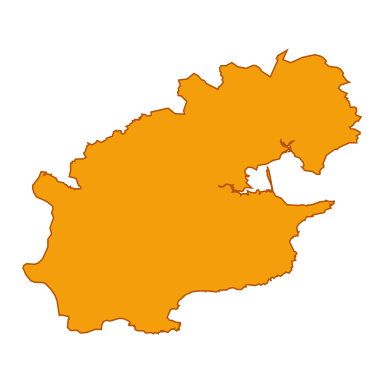 Dungarvan Lea-6, Waterford, Ireland
{"feature_id": "5873133B99301396189175", "entity_name": "Dungarvan Lea-6", "entity_type": "district", "adm_level": 2, "iso_a3": "IRL", "parent_name": "Ireland", "parent_adm1": "Waterford", "projection": "robinson", "projection_center": [-7.659, 52.063], "detail": "fine", "context": "isolated", "style": "filled", "palette": "amber", "viewbox_px": 384, "rotation_deg": 0, "n_neighbors": 0, "source": "geoboundaries", "source_scale": "gbopen_adm2", "svg_char_len": 5992}
<svg xmlns="http://www.w3.org/2000/svg" viewBox="0 0 384 384"><path d="M59.3,315.4L61.2,314.9L68.4,316.5L69.1,318.9L68.2,319.6L67.5,327.5L70.6,330.5L77.2,330.4L80.5,333.0L86.8,332.5L95.6,329.2L101.3,329.5L101.8,325.0L103.5,321.4L106.6,320.4L110.3,321.0L119.8,318.2L124.3,318.9L129.0,321.2L130.3,323.0L128.6,324.3L129.1,325.6L134.2,325.4L133.8,326.3L135.0,326.8L135.0,329.3L137.4,330.7L143.8,330.9L145.5,333.0L151.2,332.6L153.7,333.8L154.9,332.5L158.4,333.6L158.6,332.6L161.0,331.5L160.7,330.1L161.5,331.4L162.8,330.7L162.5,331.8L164.7,331.3L167.9,332.4L171.6,328.9L172.1,329.5L174.6,328.4L174.4,329.2L176.2,330.7L176.3,329.5L176.7,330.4L179.4,329.7L179.1,328.4L178.2,328.7L180.3,324.9L179.2,324.6L180.4,323.4L180.1,322.5L175.6,322.3L172.6,320.5L169.5,320.3L167.1,317.4L170.6,309.6L172.3,308.7L176.3,309.2L178.0,308.1L177.6,307.0L179.2,305.6L177.4,304.6L178.2,301.4L185.6,294.8L192.1,291.9L196.6,291.1L203.5,290.8L205.6,291.7L206.4,290.8L216.6,291.9L218.2,290.8L219.4,291.4L219.8,290.2L227.0,289.9L228.9,288.5L233.0,287.6L236.9,289.4L241.4,289.6L244.3,286.8L246.0,287.0L245.6,285.3L247.2,284.7L255.5,285.5L259.3,283.9L260.9,285.2L263.5,283.7L265.0,284.5L267.4,282.7L268.7,279.3L271.0,280.3L270.5,278.4L272.5,277.2L274.0,278.4L275.9,276.3L277.3,276.4L277.8,275.2L280.5,276.4L285.8,272.2L289.0,273.1L291.7,269.8L291.2,267.7L292.6,267.1L291.8,261.4L295.6,260.2L294.4,258.8L295.6,256.9L294.6,256.2L296.8,253.8L296.0,252.2L294.1,251.4L289.5,241.7L291.2,238.5L293.3,237.4L293.1,236.5L298.0,235.7L297.4,234.4L299.0,231.9L297.5,231.9L296.7,227.6L298.6,224.3L302.8,220.6L304.9,220.3L306.3,216.8L311.9,216.7L313.0,216.1L312.3,215.6L312.8,214.9L324.4,212.5L325.4,209.9L331.0,208.1L329.8,206.4L330.8,205.7L330.3,204.7L331.7,205.4L331.9,204.2L333.6,204.0L334.0,202.9L333.0,201.6L328.7,201.4L326.3,200.4L325.1,200.5L326.9,201.0L320.0,201.8L312.5,204.6L308.4,205.2L307.5,204.4L308.2,205.2L307.0,205.8L301.9,204.8L298.2,205.5L286.9,204.7L280.9,198.0L275.6,196.1L272.9,191.2L269.0,171.0L267.2,166.4L267.9,169.7L266.5,170.6L267.6,174.0L267.1,175.1L271.2,185.0L272.1,189.9L271.2,190.9L271.8,191.7L270.8,191.6L271.3,192.2L269.5,191.4L270.6,191.6L270.5,190.2L268.6,189.8L268.1,190.1L269.2,191.0L267.1,190.2L267.4,190.9L266.5,191.2L267.3,191.5L266.5,191.9L264.9,191.0L260.9,191.9L259.8,192.4L260.5,193.3L259.3,194.7L259.9,192.2L258.3,189.8L256.9,190.2L255.5,192.9L250.6,192.4L247.4,190.7L248.5,195.0L247.3,194.8L247.0,193.8L242.4,193.7L240.8,195.4L240.5,193.8L238.9,192.6L236.1,192.0L237.9,190.9L233.6,190.9L233.1,191.7L234.0,192.1L232.6,192.2L233.6,190.7L234.1,190.8L233.5,190.6L232.0,192.0L233.2,190.7L231.9,188.4L232.9,188.2L231.8,188.3L231.1,187.6L232.4,185.6L230.3,185.6L230.0,184.7L226.4,184.3L223.1,186.9L222.4,187.2L219.9,186.8L218.1,185.5L222.3,187.0L226.2,184.2L230.1,184.6L230.4,185.5L233.1,185.0L231.6,187.5L231.9,187.9L233.1,187.3L233.8,187.7L233.0,187.4L233.7,188.0L232.6,188.9L233.1,189.9L241.2,191.3L243.3,190.9L244.4,188.1L245.8,187.5L251.8,187.9L246.0,182.7L247.9,180.2L246.0,178.4L245.5,176.1L248.6,176.7L249.1,175.8L247.1,175.3L245.0,173.0L245.0,170.1L247.9,167.1L252.4,167.6L256.4,169.9L257.9,165.4L266.6,164.0L272.9,160.5L279.5,158.8L280.9,155.0L282.6,153.1L287.6,151.6L281.6,153.1L290.1,148.6L288.5,148.9L289.3,148.1L288.7,147.5L283.4,146.3L282.4,145.1L284.5,145.4L283.9,144.5L282.3,144.9L280.5,141.7L280.9,140.4L281.8,143.2L283.2,142.8L282.9,144.0L283.9,143.3L286.5,146.0L288.1,145.6L289.5,142.8L292.5,141.0L293.4,140.9L289.5,144.3L291.0,149.2L289.8,149.8L291.3,150.9L287.9,151.6L291.4,151.2L294.5,154.2L294.8,156.3L299.7,158.0L303.4,162.9L303.8,165.0L302.8,167.3L301.8,167.2L304.9,170.5L312.2,171.5L316.7,174.3L319.7,174.4L320.2,172.9L319.4,171.7L321.4,168.7L323.7,167.3L323.8,165.4L322.7,164.5L326.4,155.3L334.9,149.2L337.0,149.5L339.2,147.4L349.3,142.8L356.8,142.8L356.6,139.5L358.0,138.2L356.6,135.7L360.0,134.0L360.0,132.1L354.2,129.0L350.9,129.0L349.6,127.1L352.2,126.0L356.1,121.2L358.4,121.1L361.0,116.9L357.0,115.5L355.1,113.7L356.6,111.9L356.4,108.2L354.4,107.0L350.3,107.3L349.4,102.5L346.6,99.1L347.6,98.3L344.7,97.0L347.1,93.6L341.8,91.1L338.5,88.1L340.4,85.1L349.5,82.2L346.9,80.8L343.5,76.6L342.7,74.6L343.4,73.2L340.6,69.3L337.4,67.5L329.0,66.4L324.9,63.0L326.3,61.4L323.5,57.9L320.6,56.2L315.1,54.7L302.5,57.4L290.8,62.7L282.9,59.7L287.1,50.2L277.9,55.6L276.3,58.6L277.8,60.2L270.3,76.9L262.0,71.5L258.9,67.4L255.7,65.6L253.2,65.3L246.1,68.4L237.8,66.8L231.8,62.6L225.8,65.8L221.1,65.7L219.8,67.6L220.0,71.7L221.3,72.5L220.5,75.2L222.5,76.6L222.9,78.2L221.9,79.4L223.3,82.2L220.3,86.1L218.6,87.0L218.1,89.5L206.2,83.4L204.4,80.5L201.6,79.9L197.9,75.6L193.9,73.5L187.1,79.0L178.5,80.1L180.3,85.7L178.4,88.3L178.6,90.5L177.7,92.0L178.3,95.6L181.1,95.9L186.8,101.5L183.6,110.8L184.6,114.1L175.1,113.8L168.6,108.5L167.0,108.4L150.9,112.1L151.4,114.9L150.1,115.9L146.9,115.9L145.0,114.5L141.8,114.2L142.2,115.9L139.2,117.9L140.6,118.2L139.1,119.9L134.7,119.5L134.8,120.8L132.5,120.7L132.8,122.3L130.1,123.9L129.8,125.1L126.2,126.3L127.4,127.0L127.8,129.2L125.0,130.7L125.3,132.3L122.9,134.2L121.0,132.7L121.3,131.1L119.3,130.4L117.3,131.5L116.2,130.3L113.7,131.5L112.5,136.2L107.0,138.0L105.7,140.0L101.1,142.5L97.1,140.5L95.4,143.0L91.9,144.9L88.0,143.1L88.8,144.9L87.1,145.7L85.1,151.8L83.6,153.3L86.1,157.3L83.6,158.8L75.2,159.2L74.6,161.4L72.3,161.3L72.1,163.0L70.9,162.9L70.5,164.2L70.7,170.4L69.2,176.6L76.0,178.4L78.5,185.3L80.7,187.0L80.8,188.8L75.8,188.7L74.4,189.8L73.7,188.3L70.7,188.1L70.5,186.3L68.5,187.4L66.3,184.5L65.1,184.7L63.6,182.8L57.6,181.5L56.2,178.4L50.8,175.5L51.1,174.3L49.6,174.8L47.5,173.8L44.1,175.0L46.1,172.2L41.1,171.8L39.0,177.2L32.8,185.4L32.6,188.4L34.2,193.3L36.4,196.9L46.4,201.2L52.3,205.9L53.1,208.2L51.6,212.9L53.6,217.5L50.0,227.8L51.6,234.0L47.9,239.2L47.9,247.0L42.6,258.9L38.5,262.8L35.0,264.3L26.5,263.7L23.7,265.6L23.0,267.8L25.9,274.7L30.8,280.7L34.8,282.3L43.2,282.6L45.7,283.8L51.1,289.5L55.0,295.3L57.1,300.9L59.3,315.4ZM333.3,201.4L335.0,201.3L333.3,201.2L333.3,201.4Z" fill="#f59e0b" stroke="#b45309" stroke-width="1.5"/></svg>